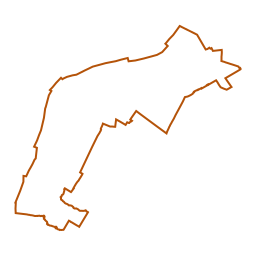 Calafat, Dolj, Romania
{"feature_id": "2599482B25793033278683", "entity_name": "Calafat", "entity_type": "district", "adm_level": 2, "iso_a3": "ROU", "parent_name": "Romania", "parent_adm1": "Dolj", "projection": "mercator", "projection_center": [22.936, 43.949], "detail": "fine", "context": "isolated", "style": "outline", "palette": "amber", "viewbox_px": 256, "rotation_deg": 0, "n_neighbors": 0, "source": "geoboundaries", "source_scale": "gbopen_adm2", "svg_char_len": 5152}
<svg xmlns="http://www.w3.org/2000/svg" viewBox="0 0 256 256"><path d="M156.9,126.4L166.5,133.4L166.9,132.2L167.0,132.1L167.1,131.9L167.1,131.6L167.2,131.4L167.6,130.6L169.0,127.6L169.2,127.0L169.9,125.8L170.4,124.6L171.0,123.7L172.0,121.8L173.8,118.7L175.6,115.0L179.5,107.8L182.5,102.2L183.2,100.8L184.8,97.3L184.9,97.1L185.8,96.9L186.9,96.7L187.7,96.5L188.8,96.0L190.6,95.1L192.7,93.8L192.8,93.6L193.0,93.1L193.4,92.8L194.0,92.4L193.8,92.0L193.8,91.8L194.9,91.1L197.5,89.9L198.0,89.6L198.1,89.9L201.3,88.1L201.5,88.6L207.1,85.4L207.4,85.3L207.1,84.9L208.3,84.2L208.6,84.6L216.1,80.3L216.4,80.7L217.6,82.5L219.0,84.9L220.6,87.2L221.4,87.6L223.9,88.7L226.7,89.7L227.8,89.1L231.5,87.0L231.2,86.6L227.3,81.0L225.4,78.2L238.7,70.4L240.5,69.3L240.6,69.2L240.6,68.8L240.3,68.2L240.1,67.9L239.8,68.0L239.5,68.0L239.2,67.8L239.0,67.6L238.9,67.3L238.4,66.5L238.0,66.4L236.6,65.9L231.7,64.3L230.6,64.0L227.3,62.9L225.6,62.4L224.4,61.9L222.6,61.4L221.4,61.0L221.5,59.4L221.5,57.5L221.5,56.5L221.6,55.7L221.8,53.0L221.8,51.9L221.7,49.9L217.4,50.4L212.9,50.9L211.8,48.7L211.5,48.1L210.4,48.7L209.3,47.7L207.6,48.9L207.4,49.0L205.7,49.5L197.9,36.1L197.1,34.7L179.7,26.0L176.7,30.2L173.2,35.0L169.4,38.9L165.8,43.3L165.4,43.7L167.7,46.0L162.2,52.1L157.0,54.9L153.0,56.0L152.3,56.2L143.8,58.5L135.3,60.5L128.6,61.3L127.7,58.0L120.9,59.7L115.7,61.2L110.4,62.2L105.4,63.2L98.8,65.0L92.8,66.6L88.9,68.5L84.7,70.5L76.4,74.7L72.7,75.3L66.9,76.9L63.5,78.5L62.4,79.2L61.0,77.8L56.1,82.9L52.5,87.3L49.9,90.0L51.4,91.0L48.9,95.2L45.7,107.2L45.4,107.9L45.2,108.4L44.0,117.4L43.9,118.0L41.0,130.3L39.0,135.2L37.1,140.4L34.1,146.7L36.9,147.8L35.7,158.5L34.6,159.6L32.5,164.1L30.7,167.4L28.9,170.5L26.2,176.3L23.5,175.9L23.4,181.8L20.2,190.8L15.4,202.6L15.8,202.7L15.5,208.6L15.7,213.1L21.7,213.8L26.8,214.4L28.6,214.8L28.9,214.8L29.2,214.8L30.7,215.2L31.1,215.2L32.0,215.3L33.0,215.5L33.8,215.7L34.4,215.9L35.0,216.0L35.3,216.0L35.8,216.0L36.4,215.9L36.9,216.0L37.2,216.0L37.4,216.0L37.5,215.9L38.0,215.9L38.5,215.8L38.8,215.8L39.1,215.7L39.2,215.8L39.3,215.8L39.5,215.8L40.1,215.9L40.3,216.0L40.5,216.1L40.9,216.0L41.4,216.0L41.8,216.0L41.9,215.9L42.3,216.0L42.5,216.2L43.0,215.9L43.4,215.7L43.6,215.7L43.8,215.7L44.0,215.7L44.2,215.8L44.4,216.3L44.6,216.7L44.6,216.9L44.5,217.0L44.3,217.1L44.1,217.2L44.0,217.3L44.1,217.6L44.0,217.8L44.0,218.1L43.9,218.3L43.9,218.5L44.1,218.5L44.1,218.9L44.3,219.0L44.5,219.1L44.7,219.3L44.6,219.5L44.8,219.8L45.0,219.8L45.5,220.5L46.2,221.2L46.9,221.7L47.2,222.4L47.1,222.8L47.1,223.1L47.3,223.3L47.1,223.6L47.0,223.9L47.1,224.0L47.3,224.1L47.6,224.1L47.8,224.2L48.0,224.4L47.9,224.5L47.7,224.7L47.8,224.8L48.0,224.8L48.6,225.0L49.2,225.2L50.0,225.6L50.3,225.6L51.1,225.7L51.3,225.8L51.6,225.8L52.2,226.1L54.1,226.7L54.5,226.9L54.7,227.0L54.8,227.0L55.0,227.0L55.6,226.8L55.9,226.7L56.1,226.7L56.3,226.8L56.5,227.1L56.7,227.5L56.9,227.8L56.9,228.0L56.6,228.2L56.4,228.1L56.1,228.1L55.9,228.1L55.7,228.1L55.7,228.3L56.0,228.4L56.7,228.6L57.1,228.7L57.9,229.3L58.5,229.5L58.8,229.5L59.2,229.6L59.3,229.6L59.7,230.0L60.0,229.9L60.4,229.9L60.5,229.9L61.1,230.0L61.6,230.0L61.9,229.9L62.3,229.9L62.7,229.9L63.0,229.9L63.3,229.8L63.5,229.8L63.6,229.7L68.9,220.7L70.4,221.5L70.5,221.6L70.7,221.9L70.9,222.0L71.2,222.1L71.7,222.3L73.0,223.1L76.0,224.9L76.8,225.4L78.2,226.1L79.2,226.8L88.0,212.2L87.7,211.9L87.2,211.7L86.7,211.5L86.3,211.3L86.2,211.2L86.1,210.8L85.9,210.5L85.7,210.3L83.9,210.9L83.7,210.9L83.4,210.9L82.8,210.9L81.9,210.8L80.2,210.8L79.9,210.8L79.4,210.5L79.1,210.3L78.8,210.0L77.9,209.2L77.7,209.1L77.2,208.9L76.7,208.6L76.2,208.4L75.5,208.5L74.9,208.5L74.6,208.5L74.1,208.3L73.9,208.2L73.6,208.0L73.5,207.8L73.5,207.4L73.1,207.1L73.1,206.9L72.8,206.7L72.3,206.2L71.8,205.9L71.6,205.7L71.1,205.6L70.3,205.4L69.8,205.3L69.5,205.4L69.2,205.4L68.9,205.4L68.7,205.3L68.6,205.1L68.4,204.9L68.2,204.7L67.6,204.3L67.1,204.0L66.6,203.8L66.1,203.7L65.1,203.2L64.9,203.0L64.7,202.8L64.5,202.6L64.4,202.4L64.2,202.2L63.8,201.7L63.6,201.6L63.1,201.3L62.8,201.1L62.6,200.6L62.4,200.3L62.2,200.2L61.7,200.0L61.2,199.7L61.0,199.3L61.0,199.2L61.0,198.7L61.0,198.3L61.0,198.1L61.0,197.8L60.9,197.6L60.7,197.4L60.6,197.1L60.8,196.9L61.1,196.9L61.3,196.8L61.6,196.3L61.7,195.7L61.7,195.4L61.9,195.1L62.3,194.8L62.8,194.6L63.1,194.4L63.2,194.2L63.5,193.7L63.6,193.4L63.9,192.1L64.3,190.9L64.4,190.4L64.3,189.8L64.2,189.6L64.2,189.3L64.4,188.8L64.8,188.3L68.6,190.6L71.0,192.1L71.3,191.8L71.9,190.9L73.7,188.5L73.4,188.3L74.4,186.5L75.8,184.1L76.0,183.8L77.1,182.2L77.6,181.6L77.8,181.3L77.9,181.2L78.1,181.1L78.4,180.8L79.0,179.8L79.7,178.6L80.4,177.6L81.7,175.4L82.3,174.4L82.5,173.8L81.1,173.0L80.1,172.4L92.2,146.8L97.5,136.0L99.5,132.9L100.0,131.9L100.3,131.3L100.7,130.8L100.8,130.3L101.0,129.9L101.1,129.6L100.8,129.2L100.8,128.7L102.4,125.3L102.9,123.6L110.0,126.5L111.9,126.5L114.7,126.8L115.2,126.8L115.8,121.7L115.9,121.2L116.0,120.3L116.1,119.4L120.2,121.7L125.6,124.9L127.2,122.3L128.7,122.9L128.9,123.0L129.2,123.0L129.5,122.6L130.2,121.9L130.5,121.7L131.2,121.5L131.5,121.3L131.8,121.0L132.0,120.8L131.1,120.2L130.3,119.6L131.3,118.0L136.2,111.0L140.4,114.2L145.8,118.2L156.9,126.4Z" fill="none" stroke="#b45309" stroke-width="2"/></svg>